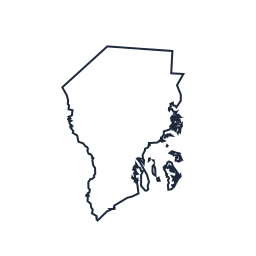 the district of Villarino, Buenos Aires, Argentina, rotated 48°
{"feature_id": "61730980B44606052944654", "entity_name": "Villarino", "entity_type": "district", "adm_level": 2, "iso_a3": "ARG", "parent_name": "Argentina", "parent_adm1": "Buenos Aires", "projection": "natural_earth1", "projection_center": [-62.259, -39.152], "detail": "fine", "context": "isolated", "style": "outline", "palette": "slate", "viewbox_px": 256, "rotation_deg": 48, "n_neighbors": 0, "source": "geoboundaries", "source_scale": "gbopen_adm2", "svg_char_len": 6023}
<svg xmlns="http://www.w3.org/2000/svg" viewBox="0 0 256 256"><g transform="rotate(48 128 128)"><path d="M129.0,63.0L124.9,50.7L116.3,59.3L100.5,43.5L53.5,88.8L53.8,149.6L63.0,151.7L67.7,154.2L69.8,156.7L71.6,156.6L74.3,159.7L77.6,157.3L81.1,161.3L80.0,164.6L82.1,164.5L81.1,166.0L81.6,166.8L84.6,165.5L83.9,167.5L86.4,168.6L87.9,168.0L88.3,169.7L89.5,168.6L89.7,170.5L93.7,170.7L94.6,172.3L99.5,170.8L105.1,174.0L109.4,171.6L113.2,171.9L114.8,171.1L116.7,171.7L117.8,173.5L120.9,174.5L122.2,173.4L125.1,173.5L125.9,174.7L127.3,173.9L128.1,176.1L132.5,178.8L135.8,179.3L140.3,183.2L140.4,185.0L141.9,185.9L141.9,188.9L140.8,190.3L141.8,193.8L146.2,197.6L148.3,197.6L150.0,199.8L149.6,201.3L151.7,202.4L149.8,203.3L150.3,204.4L152.2,203.8L155.3,207.0L159.2,206.4L162.6,208.6L165.1,208.8L167.3,211.9L172.3,210.3L173.2,211.2L174.1,210.4L173.6,210.9L174.9,212.5L176.4,212.4L175.9,199.7L177.2,195.4L176.2,195.6L179.1,192.2L177.8,190.6L178.4,192.9L176.5,190.1L179.4,175.2L181.6,171.0L183.7,164.0L174.4,157.6L173.7,158.6L172.5,158.2L173.8,157.9L173.5,155.8L172.3,156.3L172.5,157.4L172.2,157.9L172.0,156.7L171.4,157.1L172.3,156.0L171.9,155.2L170.6,157.8L170.6,156.7L169.4,156.1L169.1,158.1L167.9,158.3L167.4,157.7L168.8,158.0L169.2,155.4L164.9,153.4L167.6,153.5L168.4,151.8L165.7,152.5L164.9,151.6L162.6,151.8L162.9,151.2L161.3,150.5L160.9,149.2L162.9,148.8L160.2,148.9L162.8,147.9L161.5,147.2L160.3,148.2L161.2,146.9L160.1,145.9L163.6,146.6L165.8,145.7L168.7,147.0L170.1,145.9L171.8,149.8L179.8,157.0L185.9,157.1L187.1,155.8L187.0,153.1L186.8,153.9L184.1,152.0L182.1,148.5L175.5,145.2L161.0,141.9L157.3,141.9L157.8,141.1L157.2,140.8L158.8,139.4L160.3,140.8L162.2,139.8L165.0,140.2L162.8,137.7L160.6,137.2L160.7,137.8L160.3,138.0L160.5,137.1L157.9,135.3L155.9,130.2L154.9,129.4L155.8,125.7L153.9,123.4L156.0,123.8L153.7,121.9L158.3,116.1L159.0,112.7L158.5,113.0L158.5,111.2L157.3,110.0L158.9,108.8L156.9,109.1L157.6,108.6L156.8,105.8L154.5,103.6L157.0,98.0L156.2,95.6L155.1,95.6L155.2,93.8L153.9,93.0L154.7,93.2L155.6,91.6L155.2,90.6L156.4,90.0L154.3,91.0L153.0,88.6L152.2,89.2L152.9,90.9L152.0,90.6L151.6,88.4L150.5,88.7L150.5,90.0L149.7,89.5L150.5,89.1L149.9,87.8L147.9,87.5L150.3,87.2L149.5,84.8L150.6,86.6L151.7,86.7L150.9,85.9L151.2,85.5L152.6,87.2L152.0,85.3L153.7,87.2L153.9,85.7L155.3,87.1L158.4,85.3L156.3,84.1L155.0,85.6L154.8,84.4L153.4,83.8L154.7,82.1L152.3,83.0L153.8,81.6L151.8,81.6L151.6,84.2L150.9,83.0L149.2,83.2L148.6,81.3L148.1,83.6L147.5,82.1L146.1,83.3L143.2,82.6L142.6,84.1L141.8,83.4L142.6,85.6L141.7,85.4L140.6,84.1L140.7,81.8L138.4,80.3L140.0,78.8L139.0,78.4L139.2,77.8L141.6,79.3L143.1,78.0L145.0,78.2L143.1,70.6L138.5,66.4L129.0,63.0ZM189.4,121.5L186.1,120.2L187.0,121.8L186.9,122.7L185.0,123.0L186.3,123.2L186.6,123.6L186.6,123.9L184.1,122.9L184.7,123.7L184.3,126.0L184.0,125.0L182.8,126.2L182.6,128.8L186.3,129.4L188.2,130.8L188.6,130.0L190.3,131.8L191.4,130.8L193.0,131.3L193.4,133.1L196.2,134.4L196.9,136.4L200.8,139.3L202.5,136.9L202.5,133.1L201.2,129.3L201.4,133.2L200.9,133.5L200.5,133.1L200.3,133.6L199.4,133.9L200.4,133.0L201.2,133.2L200.8,129.7L199.8,129.7L199.2,129.0L200.0,129.3L200.2,128.1L200.7,127.9L199.5,125.0L199.3,121.4L198.3,120.7L199.0,122.6L199.0,125.2L198.2,126.3L198.9,128.9L197.4,127.3L196.9,129.4L195.0,126.6L194.0,127.7L193.2,127.5L196.5,125.6L195.4,124.3L196.2,123.2L195.5,123.9L195.3,123.2L196.6,122.0L195.5,121.6L195.0,122.7L194.4,122.7L193.9,122.2L193.6,123.5L193.8,122.1L194.9,122.5L194.8,121.2L190.5,120.6L190.2,122.0L191.6,123.0L191.3,123.5L190.0,121.9L190.3,120.6L189.1,120.5L189.6,121.3L189.5,121.9L188.2,122.4L189.3,122.9L188.3,123.8L189.1,124.9L188.2,125.4L188.8,124.8L187.8,125.0L187.8,123.7L189.1,122.9L188.0,122.4L189.4,121.5ZM187.0,110.7L180.4,107.7L175.8,110.2L177.2,110.7L176.9,111.7L178.7,112.5L180.9,110.0L183.1,111.6L182.2,112.3L184.2,114.5L185.6,113.0L186.6,113.2L187.3,111.4L186.2,112.0L187.0,110.7ZM186.0,120.0L182.9,118.8L180.3,120.0L180.0,121.7L182.2,126.0L180.9,126.0L181.0,127.7L182.2,127.9L182.7,126.0L184.6,123.6L184.0,123.1L184.5,122.2L185.9,122.1L186.7,122.6L186.0,120.0ZM181.8,139.5L176.4,134.9L172.6,133.4L172.8,135.3L177.0,139.2L179.2,140.1L181.8,139.5ZM197.4,126.1L198.8,124.5L197.0,122.7L195.7,124.2L196.8,125.2L195.8,126.9L196.8,128.3L197.1,127.1L198.0,127.2L197.2,126.9L197.4,126.1ZM188.4,139.8L185.4,138.4L184.9,140.2L187.0,141.4L188.4,139.8ZM166.0,92.3L163.1,88.6L161.8,90.1L163.7,90.7L164.3,92.3L166.0,92.3ZM160.5,102.8L163.2,100.4L160.9,100.7L159.5,102.9L160.6,103.8L160.5,102.8ZM175.8,110.4L174.7,111.2L174.5,113.9L176.2,113.1L175.8,110.4ZM159.0,112.4L161.1,111.8L161.9,109.6L158.8,110.8L159.0,112.4ZM186.8,108.9L182.6,107.4L185.6,109.3L186.8,108.9ZM162.6,88.0L162.9,87.0L160.9,85.3L161.5,87.7L162.6,88.0ZM160.2,94.7L158.1,93.5L157.7,95.3L159.5,96.6L158.5,94.8L160.2,94.7ZM165.3,132.1L164.8,132.8L166.3,134.5L166.4,133.7L165.3,132.1ZM167.5,151.4L165.1,151.3L166.7,152.1L167.5,151.4ZM159.5,91.7L157.4,90.8L158.1,92.0L159.5,91.7ZM168.6,110.4L166.9,110.4L167.7,112.2L167.8,110.7L168.6,110.4ZM157.2,91.2L156.0,91.2L157.6,92.1L157.2,91.2ZM162.1,94.2L159.7,94.1L161.7,94.8L162.1,94.2ZM158.5,89.2L157.2,89.4L157.1,90.0L158.2,89.9L158.5,89.2ZM157.2,94.4L157.4,93.1L156.6,94.4L157.2,94.4ZM159.4,105.0L159.3,104.1L159.1,103.9L158.6,105.0L159.4,105.0ZM180.0,107.2L181.2,107.1L181.3,106.8L180.0,107.2ZM200.1,129.3L200.7,128.3L200.6,128.0L200.1,129.3ZM160.7,92.5L160.5,91.7L160.3,92.4L160.7,92.5ZM164.2,150.7L163.3,150.7L162.9,150.7L163.3,151.2L164.1,151.1L164.2,150.7ZM168.9,130.9L169.7,130.9L169.2,130.6L168.9,130.9ZM159.7,105.0L160.4,104.6L159.5,104.1L159.7,105.0ZM162.1,93.7L161.0,93.7L161.0,94.0L162.1,93.7ZM163.9,150.5L163.7,150.1L162.8,150.2L163.9,150.5ZM197.1,121.7L196.4,121.3L196.0,121.5L196.6,121.8L197.1,121.7ZM160.0,107.1L160.6,106.6L159.8,106.9L160.0,107.1ZM158.4,88.4L158.7,87.9L158.0,88.2L158.4,88.4ZM165.1,94.4L164.8,94.0L164.7,94.3L165.1,94.4ZM155.9,92.7L155.7,92.1L155.5,92.5L155.9,92.7ZM156.6,88.6L157.3,88.6L157.3,88.3L156.6,88.6ZM184.5,122.3L185.0,122.3L184.5,122.3Z" fill="none" stroke="#1e293b" stroke-width="2"/></g></svg>